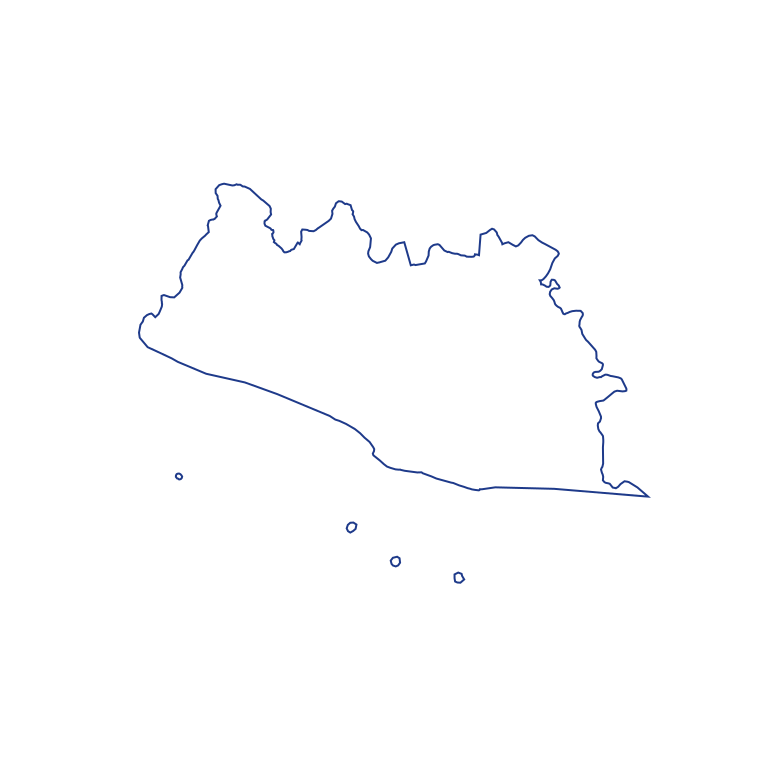 outline of Kota Pariaman, Sumatera Barat, Indonesia, rotated 319°
{"feature_id": "22746128B94413576870843", "entity_name": "Kota Pariaman", "entity_type": "district", "adm_level": 2, "iso_a3": "IDN", "parent_name": "Indonesia", "parent_adm1": "Sumatera Barat", "projection": "mercator", "projection_center": [100.144, -0.612], "detail": "fine", "context": "isolated", "style": "outline", "palette": "blue", "viewbox_px": 768, "rotation_deg": 319, "n_neighbors": 0, "source": "geoboundaries", "source_scale": "gbopen_adm2", "svg_char_len": 6146}
<svg xmlns="http://www.w3.org/2000/svg" viewBox="0 0 768 768"><g transform="rotate(319 384 384)"><path d="M509.4,642.2L507.4,628.3L504.4,618.6L503.5,617.3L501.7,615.2L496.8,614.7L493.3,615.2L490.6,614.8L490.2,614.0L490.0,613.9L488.7,612.2L488.9,607.4L488.1,606.1L486.6,604.2L486.0,602.8L486.0,600.3L488.5,597.9L489.7,595.7L490.2,594.0L491.7,590.9L493.7,589.9L494.2,589.9L494.6,589.7L497.2,587.8L507.7,575.4L511.3,571.8L512.7,570.2L514.8,567.4L515.2,566.6L515.6,562.4L515.5,561.3L516.2,558.6L518.1,555.6L519.7,554.1L522.3,554.0L525.5,552.1L525.8,551.6L526.4,550.9L528.2,545.5L529.4,540.7L530.8,537.9L531.0,537.8L531.4,537.2L532.4,537.0L533.7,537.5L535.5,538.4L538.7,540.4L539.4,540.5L544.6,540.7L550.2,540.8L552.9,540.9L555.5,542.0L559.2,546.1L561.2,547.5L562.5,548.0L563.2,547.4L563.9,546.4L566.5,536.5L566.4,535.1L565.2,532.8L561.6,528.1L560.3,526.6L559.2,524.6L558.4,523.3L557.1,522.1L553.4,521.2L552.3,521.2L551.5,520.4L548.9,519.1L547.6,517.0L547.1,514.9L547.3,514.2L548.0,513.5L548.9,513.1L550.2,513.0L551.4,513.5L554.1,515.6L555.9,515.9L558.1,515.7L561.3,513.6L562.2,512.7L562.3,511.6L560.9,508.3L560.8,507.1L561.0,505.0L561.2,503.9L562.8,502.2L565.2,499.1L565.4,498.6L565.8,496.6L565.7,485.8L565.4,483.5L565.6,481.8L566.5,476.3L568.5,472.8L568.8,471.2L569.1,468.9L569.7,468.0L570.5,467.4L572.5,465.4L574.0,464.4L576.8,463.3L578.8,462.7L579.8,461.9L580.5,460.8L580.4,457.8L577.0,454.7L573.8,452.5L571.3,451.4L569.7,451.0L567.4,450.1L566.3,450.0L565.8,449.5L565.4,448.4L565.7,447.7L565.7,447.2L566.0,446.5L567.0,443.2L566.8,441.9L566.0,440.1L565.6,438.2L565.5,436.3L565.9,435.1L566.4,434.1L567.1,432.2L567.3,429.6L567.3,426.6L568.0,424.9L569.9,423.4L572.6,422.7L575.3,423.5L577.5,426.0L578.7,426.5L579.8,426.5L580.5,424.3L580.3,421.9L580.7,419.9L581.0,418.0L580.5,416.8L579.1,415.4L578.4,415.5L576.7,416.2L574.4,418.5L573.2,418.8L571.9,418.7L570.5,417.2L570.0,415.2L569.0,412.9L567.9,411.9L569.3,409.8L569.6,408.0L570.6,408.9L571.9,409.3L573.3,409.4L576.8,409.0L580.4,408.1L584.6,406.5L590.5,403.1L595.3,401.3L599.1,401.3L601.4,400.4L601.9,399.1L602.1,397.7L601.6,395.3L597.3,383.9L596.1,381.0L594.9,376.7L594.6,371.5L593.6,369.1L590.6,367.2L586.5,366.3L583.4,366.4L580.3,367.1L576.3,367.5L573.8,366.7L572.9,364.5L572.9,364.3L572.6,363.8L570.9,358.6L567.3,356.9L565.0,356.2L565.7,354.9L567.2,347.8L567.3,346.0L568.5,343.6L568.5,339.6L567.4,337.7L564.9,337.3L560.3,337.1L554.9,334.6L540.2,349.1L539.4,347.7L537.7,345.8L536.9,346.5L535.3,346.7L533.7,345.6L530.0,342.2L529.2,340.1L526.5,337.4L525.3,334.7L524.6,333.6L523.0,332.2L521.3,330.0L519.6,326.7L518.6,326.2L517.1,322.8L517.1,315.4L516.3,313.8L513.7,312.2L512.4,311.6L509.6,311.3L507.4,311.7L504.7,313.4L501.9,316.3L496.1,319.1L493.9,319.8L485.8,314.9L485.0,313.5L482.1,312.0L492.3,290.3L487.6,287.6L484.4,286.6L479.1,287.2L476.2,289.0L470.2,291.2L465.9,291.8L459.9,289.0L459.5,288.7L458.1,288.0L456.3,283.6L456.1,281.4L456.3,277.8L457.5,275.2L459.3,273.6L463.3,271.6L464.6,270.4L469.7,265.5L470.8,261.4L470.8,258.6L469.2,254.0L467.9,253.1L468.0,252.3L467.8,251.2L468.5,248.3L469.2,243.1L470.0,240.2L471.2,238.0L471.7,235.2L472.7,234.7L474.0,233.5L474.1,232.6L474.0,231.7L476.1,227.1L474.4,224.1L474.2,223.5L472.7,222.7L471.8,218.6L469.8,216.4L469.4,216.3L466.3,216.1L463.3,217.9L460.7,218.4L458.5,219.2L456.7,221.8L452.5,224.4L449.2,224.6L436.5,223.2L436.4,223.1L433.6,223.1L431.1,222.5L427.9,219.3L427.3,217.6L426.1,216.2L423.7,213.8L421.4,214.7L418.2,219.0L416.3,220.9L415.9,221.7L413.3,222.6L412.1,223.2L411.8,220.7L411.4,220.7L404.5,223.0L402.3,222.0L401.6,221.9L400.4,222.1L399.3,221.5L398.2,221.2L396.3,220.3L395.7,219.6L395.2,219.3L395.1,217.7L395.4,216.9L395.6,214.5L395.1,210.6L394.5,208.8L394.7,208.0L394.6,207.0L394.3,206.2L394.0,204.6L395.1,204.0L395.6,203.6L395.6,202.0L396.8,199.0L397.6,198.2L397.9,197.4L398.9,197.4L400.0,197.1L400.9,196.0L401.3,195.1L400.2,193.8L400.4,192.3L400.2,191.5L398.3,186.7L399.0,184.6L400.1,183.4L400.6,182.9L401.0,183.0L401.5,182.7L402.7,183.1L403.8,183.2L410.0,182.0L411.2,179.9L413.6,177.4L414.4,174.6L413.2,166.3L412.5,164.2L410.8,148.8L408.4,143.6L407.0,142.2L406.3,139.4L404.2,137.5L403.8,136.6L401.4,135.8L399.8,134.7L394.7,127.9L392.6,126.8L390.1,125.8L384.7,126.5L382.2,129.5L381.8,132.8L380.0,135.2L379.7,136.6L378.5,138.9L377.6,142.2L370.4,144.8L369.3,145.3L368.5,146.3L367.8,147.9L364.3,148.3L363.5,147.9L363.1,147.9L362.4,147.3L360.7,146.4L358.9,146.0L354.9,148.7L354.9,149.2L351.4,154.4L347.7,154.5L346.4,154.7L342.0,154.6L339.1,154.9L334.1,156.6L328.6,158.7L326.4,159.4L326.0,159.3L318.0,162.0L316.8,161.8L311.0,163.8L308.9,164.0L307.1,164.9L303.8,166.2L302.5,167.8L300.0,169.9L296.7,177.0L295.4,178.3L294.9,179.1L289.6,180.9L282.5,181.0L279.5,178.1L276.4,172.7L275.9,172.3L273.9,171.6L271.2,174.6L270.1,176.5L269.4,177.2L269.0,178.1L267.1,179.8L262.1,182.3L261.4,182.6L259.9,183.3L255.2,183.5L255.0,179.5L254.7,178.2L252.7,177.2L250.3,176.5L246.3,176.5L243.0,178.6L239.1,179.5L232.8,184.5L230.2,188.5L230.0,189.2L229.8,201.2L232.9,208.0L240.6,225.4L242.9,232.0L256.5,259.6L280.0,291.5L296.8,321.6L322.1,372.6L323.9,378.9L326.1,382.5L329.2,389.3L332.5,399.0L333.7,405.5L334.1,411.8L335.1,418.3L334.4,424.7L333.9,426.7L332.4,428.1L329.9,429.2L329.2,430.9L330.7,439.1L331.3,444.3L332.1,448.3L333.9,451.6L336.7,456.0L338.7,458.1L340.1,459.3L340.3,459.8L342.7,463.1L351.1,472.6L354.4,475.3L354.7,476.8L359.2,484.9L361.5,489.7L370.0,502.5L371.3,504.1L374.2,509.8L376.9,514.1L378.8,517.5L380.3,519.6L381.2,521.2L383.2,523.6L385.7,526.4L386.4,526.7L387.3,526.3L388.7,527.6L400.2,535.0L443.7,574.8L506.7,639.5L509.4,642.2ZM316.3,584.1L317.0,580.2L318.0,578.2L316.3,575.0L312.3,574.0L309.8,576.9L308.1,579.7L309.1,581.9L311.3,584.1L316.3,584.1ZM267.5,474.7L271.0,472.0L270.0,468.5L267.5,466.6L264.3,466.6L261.1,468.5L260.3,471.5L261.1,474.0L264.3,474.7L267.5,474.7ZM278.9,529.4L281.4,525.7L280.6,523.0L276.7,521.0L273.2,521.7L271.7,524.7L271.7,526.9L273.2,529.4L275.7,530.2L278.9,529.4ZM169.6,322.3L170.9,321.5L171.2,320.3L171.2,318.6L170.7,317.3L169.8,316.5L168.4,316.0L167.0,316.5L166.4,317.2L166.0,317.5L165.9,319.5L166.5,320.4L166.7,321.5L167.3,322.0L168.3,322.4L169.6,322.3Z" fill="none" stroke="#1e3a8a" stroke-width="2"/></g></svg>